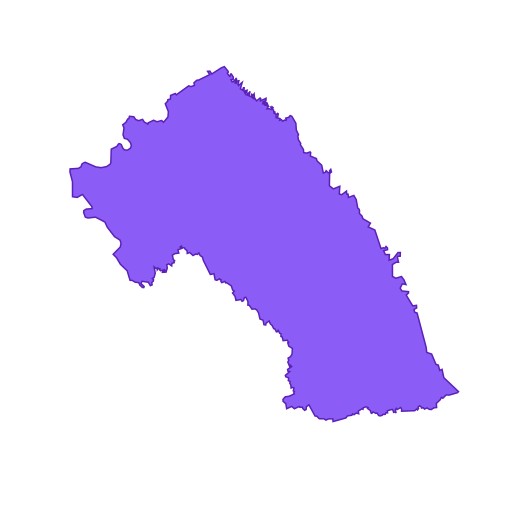 Comilla, Chittagong, Bangladesh, rotated 346°
{"feature_id": "16705992B59490572634285", "entity_name": "Comilla", "entity_type": "district", "adm_level": 2, "iso_a3": "BGD", "parent_name": "Bangladesh", "parent_adm1": "Chittagong", "projection": "robinson", "projection_center": [90.953, 23.422], "detail": "fine", "context": "isolated", "style": "filled", "palette": "violet", "viewbox_px": 512, "rotation_deg": 346, "n_neighbors": 0, "source": "geoboundaries", "source_scale": "gbopen_adm2", "svg_char_len": 6087}
<svg xmlns="http://www.w3.org/2000/svg" viewBox="0 0 512 512"><g transform="rotate(346 256 256)"><path d="M141.4,117.3L137.7,130.4L136.6,131.7L132.7,133.1L127.1,132.8L122.3,130.9L112.9,123.7L110.4,124.2L109.1,124.9L107.9,127.0L104.9,128.0L96.7,126.5L95.8,129.3L95.9,139.5L92.3,154.1L96.7,155.9L102.5,154.3L108.7,168.5L108.4,170.4L102.7,169.4L99.9,170.3L99.3,172.1L99.8,177.0L102.2,178.5L109.7,179.5L117.6,186.5L118.7,192.2L123.4,203.0L127.9,207.7L128.1,211.1L126.4,214.5L117.8,219.8L120.2,223.8L122.4,231.2L127.4,239.1L127.9,249.1L130.1,249.8L132.4,252.2L135.8,253.5L136.2,256.0L138.2,259.1L139.5,259.5L140.1,258.5L137.7,254.8L139.3,253.0L145.2,255.4L146.3,259.2L148.2,258.9L148.5,256.4L150.2,255.6L150.9,254.2L150.0,252.7L151.9,252.2L154.1,248.3L154.5,241.9L156.2,244.1L157.6,243.8L157.0,245.5L158.4,244.6L159.7,245.2L159.2,246.2L160.0,247.3L164.0,247.2L164.1,248.1L162.0,248.1L161.3,249.2L164.8,249.9L167.0,246.2L167.3,242.9L169.4,242.5L171.8,245.2L172.6,242.8L175.0,242.7L175.0,241.4L175.9,241.0L174.9,239.2L175.1,234.9L177.9,234.1L181.8,234.5L181.7,231.1L185.6,230.7L184.5,228.9L186.0,228.3L186.2,229.9L188.7,230.9L188.8,232.1L190.4,234.0L189.9,236.9L192.5,236.6L195.0,240.3L198.1,239.5L199.6,240.3L201.3,239.2L201.9,242.1L203.7,243.9L203.9,247.8L207.2,262.9L210.9,263.0L210.6,269.2L212.2,270.1L215.2,269.3L215.5,270.4L216.4,270.7L215.8,272.2L216.4,273.6L219.6,273.1L220.1,274.8L221.0,274.8L224.8,279.0L225.1,283.4L226.4,284.9L224.3,286.2L225.9,290.1L225.8,294.2L230.9,294.6L231.5,296.6L233.1,296.2L234.6,293.6L236.1,293.6L237.2,298.3L236.2,301.7L237.6,302.3L239.2,306.6L242.3,307.1L243.7,308.6L244.7,311.9L244.6,318.1L247.3,320.0L247.1,324.6L248.7,325.3L249.5,323.7L253.1,322.2L253.4,325.2L254.8,327.2L255.6,330.8L256.7,331.4L257.4,334.5L258.2,334.7L259.5,333.5L260.3,336.7L261.5,337.6L260.7,340.1L261.9,341.1L261.8,344.7L266.0,345.3L266.8,347.9L265.8,348.0L266.0,351.4L268.9,354.5L267.2,360.0L265.1,362.0L262.4,362.9L262.5,365.2L261.2,366.6L261.9,371.6L263.0,371.7L263.1,370.6L263.9,371.9L259.2,373.7L259.1,375.5L260.7,376.3L255.6,378.9L255.6,380.3L258.2,382.2L257.2,384.7L258.7,386.1L258.0,387.8L258.6,389.4L258.1,392.6L260.0,392.4L260.9,393.3L259.5,395.9L260.5,396.7L259.6,397.9L259.8,399.0L254.2,400.1L250.3,399.7L247.5,401.6L247.1,403.6L249.2,406.6L248.8,411.6L254.3,410.6L256.3,413.5L261.6,412.5L262.0,413.5L264.5,413.9L264.5,415.4L265.9,417.5L267.5,417.1L268.4,414.5L271.3,413.2L274.6,425.6L276.3,426.2L278.0,429.2L282.5,430.4L284.2,432.2L286.8,431.6L291.1,432.6L290.7,435.3L304.1,434.9L306.0,433.3L310.5,433.7L311.5,432.6L312.7,433.7L315.2,432.6L317.5,433.9L317.7,431.3L321.7,429.9L322.7,430.6L323.2,429.3L326.2,428.9L328.1,430.3L327.3,430.9L329.5,433.5L329.7,436.2L330.3,436.7L331.9,435.6L334.1,437.6L335.4,437.7L336.4,440.4L337.4,441.1L339.7,441.2L340.8,440.4L343.1,440.9L344.1,439.5L345.7,440.0L346.0,437.9L350.4,437.8L351.5,438.1L351.7,441.0L353.4,441.0L353.9,442.3L354.0,439.0L355.2,437.8L355.8,439.1L359.8,438.1L360.2,440.1L359.7,441.8L372.6,444.5L374.9,443.3L375.5,444.4L376.8,443.3L376.6,441.8L378.4,441.0L379.6,442.0L379.8,443.6L381.7,443.7L382.4,445.3L385.2,444.8L387.0,446.7L389.0,447.4L391.8,446.4L394.6,446.7L395.3,442.7L400.0,440.0L401.7,438.0L402.9,439.2L407.0,436.8L409.8,437.7L418.4,437.4L419.7,436.6L408.8,419.5L409.1,411.0L406.6,411.5L406.5,405.9L404.4,404.7L402.7,393.6L398.4,390.9L399.0,385.5L398.5,350.3L396.4,349.0L396.3,346.1L399.3,345.3L399.8,342.7L396.0,342.3L392.3,330.3L395.0,328.8L395.4,327.5L389.1,325.2L388.1,322.1L391.2,318.4L394.6,320.0L393.8,315.0L392.2,311.1L386.3,311.4L383.5,308.8L386.3,297.3L390.3,296.0L392.8,296.5L392.9,291.3L393.6,290.6L395.9,291.1L396.9,287.5L394.6,287.0L388.5,291.8L384.1,292.3L385.8,286.9L381.9,285.9L381.1,281.8L385.2,281.7L385.5,280.0L384.5,278.2L382.9,279.6L381.5,278.8L379.1,279.0L377.6,259.5L371.9,254.9L375.0,251.8L368.8,245.8L368.5,242.8L366.6,239.6L367.4,237.3L367.4,235.6L366.3,234.1L366.9,225.6L365.6,220.9L359.9,221.5L360.3,218.3L359.0,217.8L359.5,214.9L354.2,217.2L351.8,216.1L354.2,208.6L347.3,209.6L344.2,205.6L347.4,193.8L349.6,192.7L349.5,190.0L348.1,191.0L348.4,192.0L347.1,192.6L346.2,192.7L344.7,190.2L343.4,191.6L341.4,191.7L341.7,183.8L338.2,178.4L338.2,176.1L332.9,172.1L334.1,168.9L333.7,168.1L330.0,168.4L327.3,167.2L327.8,164.1L326.0,158.8L326.6,157.5L325.3,153.5L325.6,149.8L326.6,148.6L325.6,143.5L326.8,136.8L324.6,129.2L323.1,128.0L321.2,129.4L318.2,129.4L318.5,131.0L317.9,131.7L316.8,131.0L314.5,131.7L313.7,129.9L311.8,130.0L312.6,128.5L309.0,126.6L309.3,126.0L310.5,126.7L312.0,123.5L311.4,122.8L309.5,124.2L309.7,123.2L308.9,122.6L309.2,120.1L308.1,122.6L308.3,118.6L307.3,117.5L308.5,116.2L307.6,115.0L307.2,115.7L306.4,115.2L306.9,116.8L305.9,117.5L304.4,116.2L302.3,115.9L304.2,113.8L303.9,111.5L303.2,112.9L301.0,111.6L301.5,110.9L303.0,111.1L303.5,110.2L301.8,108.7L300.7,110.3L299.3,110.0L300.3,108.0L303.2,107.8L303.9,105.4L297.9,106.5L298.7,104.5L298.2,103.7L294.0,105.6L293.0,102.4L291.9,103.0L290.8,101.5L292.9,101.2L293.4,98.2L292.0,99.4L291.0,98.0L290.5,98.7L291.1,99.7L290.5,100.7L288.0,98.9L290.1,94.8L288.6,96.1L287.3,96.1L286.8,97.9L285.4,97.1L284.9,96.0L286.3,95.3L287.5,93.0L286.0,93.0L284.6,94.8L284.2,93.2L285.2,89.9L284.5,89.7L283.1,91.8L281.3,90.0L284.6,84.2L280.2,86.3L280.2,84.9L281.8,81.8L279.8,81.6L278.5,83.7L277.5,82.9L280.0,79.7L279.6,78.9L276.2,81.4L274.9,81.3L274.4,78.9L276.5,79.2L277.3,76.9L276.1,73.4L275.3,73.3L274.2,75.4L273.4,74.5L272.4,71.6L273.6,70.9L273.6,70.0L271.1,64.6L267.9,65.0L257.1,68.7L256.0,65.5L253.7,65.1L255.0,68.8L242.9,71.4L241.2,71.1L237.7,72.9L237.5,75.6L233.8,75.9L231.9,74.6L217.7,80.3L217.0,78.8L212.0,79.5L210.9,83.0L208.3,83.0L207.7,84.4L204.8,86.4L205.9,94.7L204.6,98.6L204.1,99.9L198.6,103.9L197.3,101.7L192.4,101.8L189.5,99.5L183.6,100.7L183.1,101.1L183.5,102.3L180.0,99.0L179.0,96.0L174.9,96.3L172.3,94.5L171.1,91.3L167.0,89.8L165.8,92.0L164.7,92.0L162.0,94.9L158.4,96.4L158.9,99.8L156.3,106.2L156.7,110.0L159.5,111.6L161.6,115.7L161.7,118.9L160.2,121.0L156.9,122.2L154.1,121.3L152.9,119.3L152.2,115.2L150.9,114.0L149.7,114.0L147.5,116.0L141.4,117.3Z" fill="#8b5cf6" stroke="#5b21b6" stroke-width="1.5"/></g></svg>